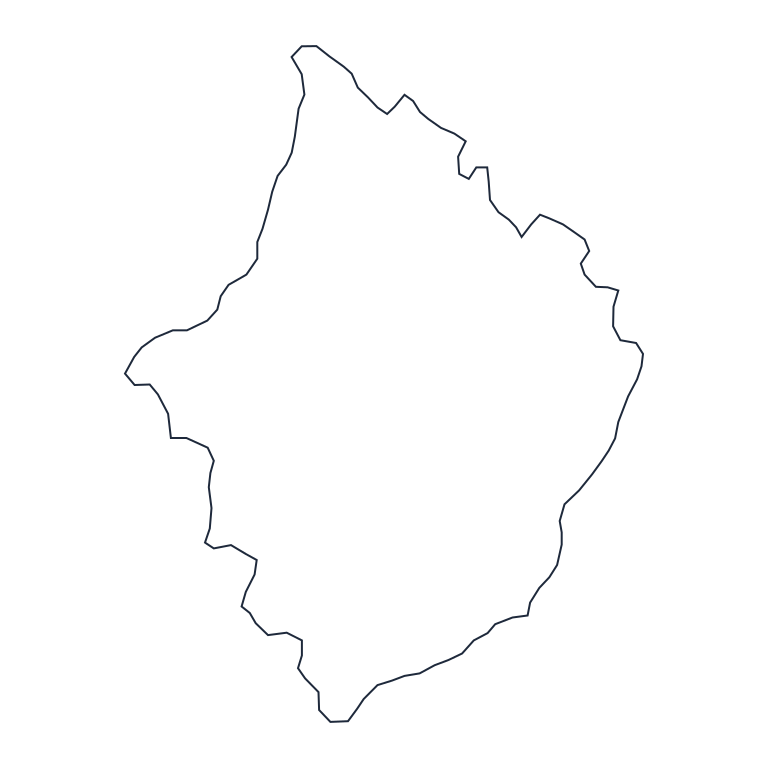 Paraíso, São Paulo, Brazil
{"feature_id": "56859067B54072387385394", "entity_name": "Paraíso", "entity_type": "district", "adm_level": 2, "iso_a3": "BRA", "parent_name": "Brazil", "parent_adm1": "São Paulo", "projection": "natural_earth1", "projection_center": [-48.767, -21.017], "detail": "fine", "context": "isolated", "style": "outline", "palette": "slate", "viewbox_px": 768, "rotation_deg": 0, "n_neighbors": 0, "source": "geoboundaries", "source_scale": "gbopen_adm2", "svg_char_len": 1735}
<svg xmlns="http://www.w3.org/2000/svg" viewBox="0 0 768 768"><path d="M291.6,57.0L301.7,74.2L304.4,94.6L298.6,108.7L294.8,136.8L291.7,152.7L286.2,164.7L277.6,175.9L272.2,191.8L268.0,209.7L262.5,228.8L257.3,242.0L257.3,258.7L246.4,274.6L237.4,279.8L228.6,284.8L220.7,296.2L217.3,309.6L207.3,320.6L196.4,325.8L187.0,330.3L172.9,330.3L155.1,337.7L141.7,347.4L134.2,356.9L125.0,373.6L134.6,385.0L149.7,384.5L157.9,394.4L168.1,413.8L170.9,438.0L186.4,438.0L207.7,447.7L213.8,460.8L210.4,473.0L208.8,487.2L211.5,508.1L209.8,528.5L205.0,542.6L213.8,548.4L231.0,545.1L246.0,554.1L256.7,560.0L254.6,574.5L245.8,591.9L241.6,606.5L249.8,613.0L255.7,623.2L268.0,635.1L286.7,632.7L301.9,640.4L301.9,655.5L298.0,668.2L305.1,678.4L318.5,692.1L319.1,710.0L330.4,721.9L348.0,721.2L357.2,708.7L363.7,699.0L377.5,685.1L392.0,680.6L404.5,675.9L419.6,673.4L434.7,665.2L448.5,660.0L462.1,653.5L473.8,640.4L487.6,633.1L495.2,624.2L512.5,617.5L527.6,615.5L530.1,602.6L539.3,587.9L549.4,577.2L557.1,565.0L561.7,544.6L561.7,532.4L559.7,521.0L564.5,504.3L579.1,490.4L592.1,474.3L601.7,461.1L608.7,450.6L615.1,438.4L618.3,422.0L628.1,396.4L637.1,379.3L641.5,366.3L643.0,353.9L636.1,343.0L620.4,340.2L613.1,326.3L613.5,306.7L618.3,290.5L607.6,287.3L595.9,286.8L584.6,274.6L580.8,263.6L589.2,251.0L584.6,239.5L573.7,231.8L563.0,224.4L549.4,218.4L540.0,214.7L531.2,224.4L521.6,237.0L516.1,227.3L508.8,219.6L498.5,212.2L490.0,200.0L488.7,181.6L487.2,167.4L476.3,167.4L468.8,178.9L459.2,173.9L458.1,156.7L465.7,141.3L454.4,133.6L441.0,127.9L428.2,118.9L420.0,112.0L413.1,101.0L404.5,94.8L394.7,106.7L387.1,114.0L377.5,107.5L367.9,97.3L357.8,87.6L351.7,73.7L343.8,66.7L329.3,56.3L316.4,46.1L301.7,46.3L291.6,57.0Z" fill="none" stroke="#1e293b" stroke-width="2"/></svg>